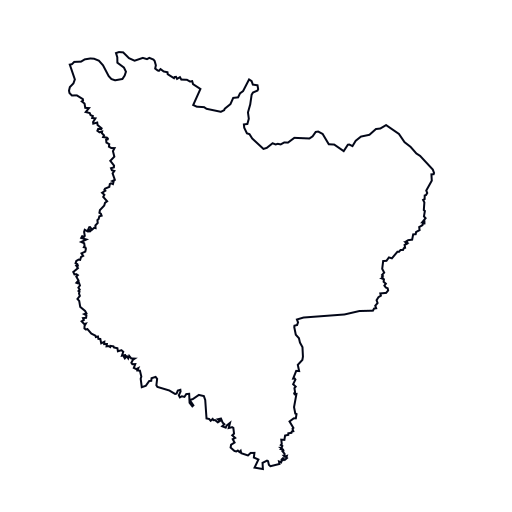 Ratsada, Trang, Thailand (orthographic projection), rotated 266°
{"feature_id": "78962969B5329491691086", "entity_name": "Ratsada", "entity_type": "district", "adm_level": 2, "iso_a3": "THA", "parent_name": "Thailand", "parent_adm1": "Trang", "projection": "orthographic", "projection_center": [99.655, 7.929], "detail": "fine", "context": "isolated", "style": "outline", "palette": "ink", "viewbox_px": 512, "rotation_deg": 266, "n_neighbors": 0, "source": "geoboundaries", "source_scale": "gbopen_adm2", "svg_char_len": 5985}
<svg xmlns="http://www.w3.org/2000/svg" viewBox="0 0 512 512"><g transform="rotate(266 256 256)"><path d="M46.9,264.9L49.4,264.6L48.4,266.7L49.7,267.0L50.5,268.8L51.4,267.6L52.4,268.8L50.6,270.5L52.3,272.8L52.9,272.2L54.4,272.8L53.8,270.6L54.8,269.8L54.8,270.5L56.7,270.7L59.4,268.8L59.9,269.8L61.0,269.5L61.6,267.4L62.3,268.1L63.0,267.3L63.0,268.3L64.7,269.0L65.7,267.6L66.7,268.6L71.0,268.4L70.6,271.5L74.9,272.5L75.3,275.7L76.9,275.9L77.1,279.0L78.4,279.4L78.6,281.0L81.1,280.4L81.9,281.3L88.6,277.9L91.4,282.3L91.3,284.4L95.5,285.4L96.1,284.2L102.6,283.4L115.5,286.7L115.3,284.9L116.4,284.5L117.2,285.5L121.5,285.1L122.9,286.5L125.5,284.1L130.0,286.7L131.1,286.0L131.1,284.5L138.6,288.1L138.2,291.0L144.5,290.1L149.1,295.0L152.3,295.8L161.8,296.0L166.6,293.8L171.0,293.1L174.7,290.2L182.4,289.2L183.8,289.5L184.3,292.2L186.9,293.3L189.8,292.4L191.3,299.1L191.5,340.2L193.9,355.3L193.3,368.8L195.3,370.1L195.5,372.2L198.1,371.5L200.6,374.0L203.5,373.2L206.4,375.3L207.7,377.8L210.0,377.4L210.1,383.2L212.4,385.4L214.6,385.1L215.5,383.3L217.5,382.0L219.3,383.6L221.4,381.5L223.8,382.0L224.9,379.8L225.3,380.9L226.5,380.3L227.2,381.2L228.3,380.4L230.5,382.7L234.4,381.0L242.1,382.5L242.1,385.8L245.3,388.5L244.2,391.4L250.4,397.4L250.2,398.9L251.9,400.6L251.8,403.1L253.5,404.0L253.8,405.3L256.7,405.0L257.6,407.2L259.2,406.1L258.8,407.9L260.2,407.1L261.2,409.0L261.4,412.9L266.6,414.3L266.6,416.8L268.8,417.4L270.4,421.0L273.5,420.8L275.1,424.2L276.5,424.5L276.7,426.3L278.6,426.4L278.4,424.5L281.9,427.8L283.8,426.3L289.1,427.6L290.1,426.6L297.7,427.7L300.3,426.6L301.0,428.2L304.6,428.5L305.0,429.9L306.9,431.2L309.4,430.4L318.9,436.6L325.2,436.7L325.2,438.9L326.4,439.4L329.9,438.4L344.4,426.7L347.1,423.1L354.1,417.8L359.2,412.1L367.8,407.1L377.5,394.9L374.5,388.9L374.3,384.5L369.0,377.6L367.8,369.0L364.0,363.5L358.9,359.9L360.7,356.8L360.6,355.4L354.5,350.8L361.7,341.8L362.4,336.4L373.1,331.0L375.8,326.7L375.6,324.2L371.4,320.8L369.5,317.5L371.2,302.5L366.9,295.8L367.3,292.1L365.6,288.4L366.4,285.5L365.9,283.4L367.3,280.4L363.1,274.3L362.3,270.9L373.5,260.4L378.0,258.0L379.0,255.5L384.8,253.2L388.1,253.1L388.3,256.6L393.4,258.4L399.8,258.0L407.6,260.8L417.2,262.9L419.3,264.4L420.9,269.0L422.3,269.8L426.2,269.4L427.2,264.8L430.8,263.8L432.6,261.4L421.4,254.6L419.4,251.4L415.5,249.2L415.3,244.3L409.3,241.1L405.1,235.1L403.7,234.4L402.3,231.0L406.3,216.9L408.1,214.6L409.1,207.3L411.0,203.9L426.5,212.2L431.8,205.2L434.9,204.5L434.6,202.4L436.6,199.4L437.2,193.8L439.7,192.6L438.2,189.6L440.3,188.7L440.2,187.3L439.1,186.6L443.5,180.6L445.5,180.5L446.5,176.8L449.1,173.8L447.5,172.1L447.9,170.9L450.0,168.5L453.2,169.4L457.6,168.5L459.1,167.4L461.1,163.4L460.0,161.0L461.5,156.9L459.3,148.5L462.2,143.1L468.4,137.7L469.0,133.5L468.2,130.5L463.9,131.5L458.5,131.2L453.2,137.4L448.9,139.1L445.2,137.6L441.9,135.1L441.1,127.7L442.6,124.1L445.7,121.6L456.9,116.7L461.8,112.9L464.1,108.2L464.6,104.6L464.1,98.9L462.1,95.0L462.3,88.2L460.2,85.8L459.9,83.6L444.8,87.6L440.9,85.9L437.5,82.1L434.0,81.0L431.6,81.3L429.0,83.5L428.7,88.5L424.6,94.2L423.2,94.3L422.4,93.0L420.0,95.6L415.7,96.0L415.2,99.7L411.5,96.2L410.2,100.1L408.1,100.8L407.0,103.0L405.1,102.2L404.5,105.4L401.0,102.8L399.4,102.9L400.2,106.9L397.7,107.1L394.1,110.9L393.3,110.4L393.8,107.4L392.0,106.5L390.3,108.5L390.9,111.2L389.3,110.8L387.0,112.8L385.3,111.8L384.5,115.5L383.5,116.4L382.7,116.2L382.5,114.6L379.6,114.7L377.8,117.4L375.3,116.9L373.8,119.2L373.5,122.4L370.6,120.6L365.0,121.6L361.1,117.3L356.1,120.7L354.3,120.4L353.7,117.5L351.6,118.2L350.7,120.6L348.4,118.7L341.8,120.5L340.8,117.9L340.1,119.1L337.7,118.3L338.6,116.5L338.0,115.2L335.2,114.5L333.7,110.1L332.6,109.4L331.6,110.2L329.8,106.9L327.6,109.0L325.6,107.7L321.0,111.3L319.6,109.1L316.9,108.1L312.7,103.5L310.0,102.8L309.0,104.2L307.0,104.8L306.5,102.5L303.9,101.6L302.9,100.3L300.0,100.4L297.7,97.9L295.0,97.9L295.4,96.5L293.7,94.3L296.4,92.5L296.4,91.7L294.0,90.4L293.1,93.1L292.2,92.4L292.2,89.9L294.1,87.0L292.0,86.2L288.0,86.6L287.2,85.8L287.9,84.0L286.2,82.9L284.3,87.9L282.2,82.6L280.7,85.5L278.1,85.7L276.8,84.9L276.3,86.5L275.0,86.8L272.3,86.0L270.8,82.1L268.2,83.6L267.2,81.4L264.4,80.3L264.8,78.8L263.6,76.4L261.4,75.5L260.4,77.2L258.9,77.6L258.8,76.1L256.3,77.5L252.8,72.6L250.3,73.6L250.4,75.5L249.3,76.9L248.0,75.3L244.0,77.2L241.8,75.0L241.3,76.0L242.4,77.3L238.9,78.3L236.8,76.6L234.7,77.8L233.5,76.5L232.7,77.4L230.9,76.8L228.5,77.5L225.6,74.9L223.5,76.5L217.5,77.1L213.1,81.7L210.7,82.8L210.0,80.6L208.7,82.7L206.2,82.2L206.1,79.1L204.2,79.8L203.0,77.5L200.1,79.9L200.4,81.5L198.3,80.1L195.7,79.8L194.5,81.2L194.9,82.7L190.1,86.3L187.7,90.3L186.3,90.6L186.7,92.7L184.3,93.0L184.1,94.9L179.7,95.5L181.0,98.7L178.7,98.4L178.6,101.1L176.3,100.6L176.4,102.5L175.4,104.2L176.5,104.5L175.8,107.5L174.6,108.0L173.7,111.3L170.6,111.6L171.4,115.2L169.7,116.9L165.9,115.3L166.3,118.5L165.2,118.7L164.4,117.3L163.0,118.0L165.0,120.2L162.8,121.4L165.2,122.5L162.5,124.4L162.1,127.8L161.1,126.0L158.2,124.2L156.7,125.1L156.6,128.0L152.9,126.3L151.5,128.7L152.4,130.8L150.1,129.7L149.7,132.2L143.7,133.2L141.6,132.4L133.1,132.9L134.2,137.0L138.7,140.7L138.8,142.8L141.4,143.3L142.4,147.4L140.3,148.8L134.0,147.6L132.3,148.5L127.9,160.1L124.0,165.7L124.3,167.2L127.2,168.6L127.8,171.2L126.1,171.3L122.4,169.3L120.3,170.2L121.2,172.2L120.5,174.8L123.1,176.8L123.2,179.7L114.2,179.5L110.5,182.0L111.4,183.1L116.0,180.4L117.2,180.6L117.6,182.9L121.4,189.3L119.9,194.2L115.9,195.3L97.4,195.3L96.7,197.9L94.8,199.3L96.5,201.4L95.2,202.1L95.1,203.8L92.7,206.3L94.0,208.6L95.8,206.6L96.3,209.7L92.1,211.1L90.4,212.7L88.5,210.4L86.9,213.8L88.9,214.9L91.3,218.4L86.3,216.8L86.9,220.3L86.1,221.4L80.3,221.7L78.8,219.8L76.0,222.5L74.9,220.0L71.4,221.6L69.5,218.0L66.7,217.3L63.0,220.9L62.4,222.7L63.2,224.3L61.6,225.8L62.8,227.1L60.3,227.5L57.6,234.1L59.9,236.9L59.7,240.7L55.1,239.8L52.8,244.2L45.0,239.8L43.0,248.0L49.2,248.1L51.1,252.7L50.5,253.7L46.8,254.3L45.3,255.7L46.9,264.9Z" fill="none" stroke="#020617" stroke-width="2"/></g></svg>